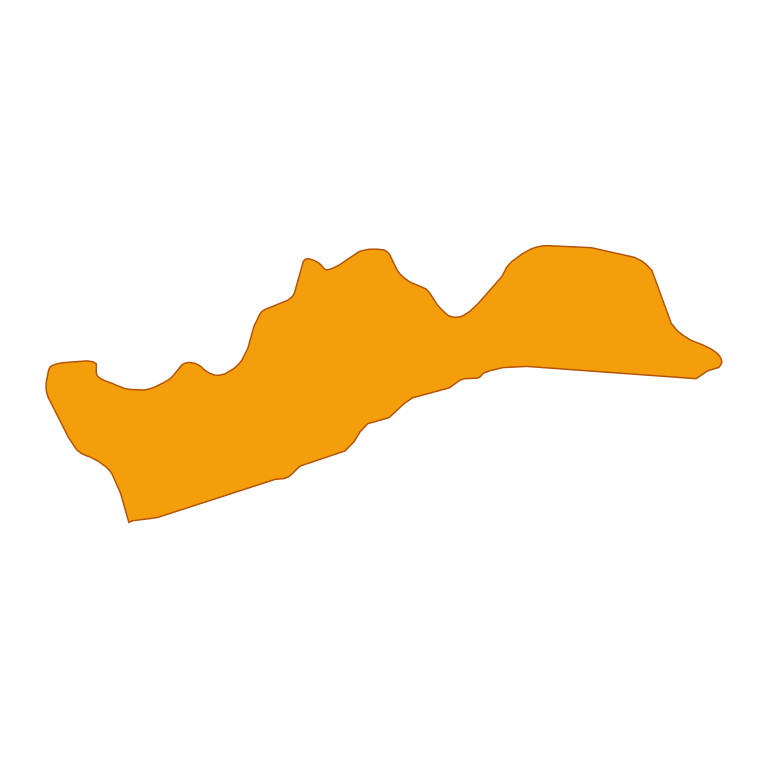 Greater Accra, Mercator projection
{"feature_id": "GHA-2172", "entity_name": "Greater Accra", "entity_type": "Region", "adm_level": 1, "iso_a3": "GHA", "parent_name": "Ghana", "parent_adm1": "", "projection": "mercator", "projection_center": [0.02, 5.749], "detail": "fine", "context": "isolated", "style": "filled", "palette": "amber", "viewbox_px": 768, "rotation_deg": 0, "n_neighbors": 0, "source": "natural_earth", "source_scale": "10m", "svg_char_len": 1992}
<svg xmlns="http://www.w3.org/2000/svg" viewBox="0 0 768 768"><path d="M696.1,378.7L526.6,366.4L503.0,367.6L489.9,370.7L483.2,373.3L480.4,376.6L477.7,378.1L464.4,378.7L459.8,380.3L449.4,387.8L412.6,397.8L404.2,403.5L389.1,417.6L367.7,423.7L360.1,431.8L354.0,441.8L345.1,450.9L301.4,465.6L298.9,467.1L291.7,474.3L288.5,476.9L283.7,478.6L275.0,479.4L157.1,517.6L132.3,520.8L128.9,522.4L120.5,493.0L111.8,473.5L109.3,470.3L105.8,466.7L98.3,461.3L89.7,456.8L86.7,455.9L81.3,453.4L76.5,449.6L68.4,437.3L48.0,397.0L46.8,392.8L46.3,390.4L46.1,387.4L46.2,382.6L48.5,370.6L49.1,368.9L50.0,367.1L51.4,366.0L52.7,365.3L57.4,363.7L63.0,362.7L86.7,360.9L92.8,361.7L96.3,363.8L96.3,373.3L97.3,375.8L99.2,377.7L104.3,380.5L112.8,383.6L115.4,384.9L125.3,388.7L130.9,389.5L144.6,390.0L149.1,389.0L154.4,387.2L163.8,382.6L168.4,379.8L171.7,377.3L182.1,364.7L185.0,363.2L188.6,362.4L194.9,363.3L198.5,364.9L201.4,367.0L203.3,368.9L205.4,370.7L210.1,373.5L215.8,375.4L220.1,375.1L225.1,373.8L232.8,369.2L236.8,366.0L239.5,363.2L241.2,361.1L242.6,358.8L247.9,348.1L253.8,326.8L259.9,314.0L262.0,311.4L264.9,309.5L288.0,300.1L292.2,296.7L294.3,293.4L303.4,261.2L305.4,259.2L308.6,258.6L314.6,260.7L318.1,262.6L320.8,264.7L324.6,269.1L326.4,269.9L328.3,269.7L332.6,268.3L339.1,265.1L358.9,251.7L362.9,250.5L369.3,249.2L377.0,249.2L384.0,249.9L387.5,252.1L389.6,254.5L396.9,269.8L400.1,274.1L404.0,277.8L408.4,281.0L410.8,282.4L425.9,288.9L428.3,291.2L430.0,293.4L437.2,304.7L440.7,308.6L446.4,314.1L448.6,315.7L451.6,316.8L455.0,317.3L459.4,317.0L462.5,316.0L469.7,311.5L478.1,303.6L501.9,276.5L506.2,268.2L507.9,265.8L511.7,261.6L522.0,254.0L531.6,248.7L537.0,247.0L542.5,245.9L546.3,245.7L546.7,245.6L591.4,247.7L634.2,257.3L641.8,261.0L646.3,264.5L651.9,270.4L671.2,323.3L677.4,330.9L683.5,335.6L691.2,340.4L703.0,345.0L710.9,348.9L715.4,352.0L717.5,353.7L719.4,355.8L721.0,358.5L721.9,362.3L720.4,365.4L718.7,367.5L707.7,370.8L696.1,378.7L696.1,378.7Z" fill="#f59e0b" stroke="#b45309" stroke-width="1.5"/></svg>